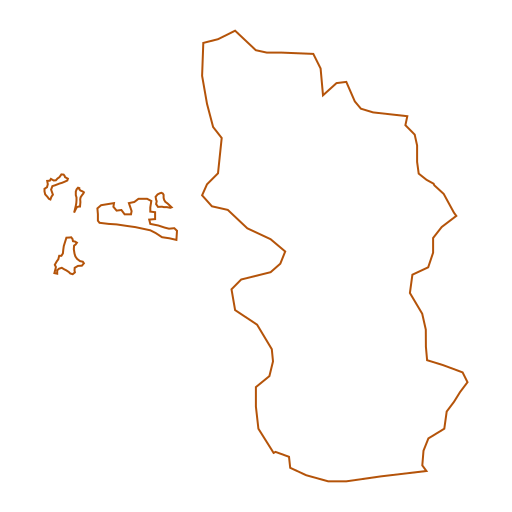 outline of Boryeong-si, South Chungcheong, South Korea
{"feature_id": "91817680B78801700081843", "entity_name": "Boryeong-si", "entity_type": "district", "adm_level": 2, "iso_a3": "KOR", "parent_name": "South Korea", "parent_adm1": "South Chungcheong", "projection": "natural_earth1", "projection_center": [126.462, 36.341], "detail": "fine", "context": "isolated", "style": "outline", "palette": "amber", "viewbox_px": 512, "rotation_deg": 0, "n_neighbors": 0, "source": "geoboundaries", "source_scale": "gbopen_adm2", "svg_char_len": 2874}
<svg xmlns="http://www.w3.org/2000/svg" viewBox="0 0 512 512"><path d="M407.3,116.2L373.1,112.4L360.9,108.7L354.8,101.4L346.3,81.9L336.5,83.1L323.0,95.3L320.6,68.5L313.3,53.9L281.5,52.6L266.8,52.6L255.8,50.2L235.1,30.7L218.0,39.2L203.3,42.9L202.1,75.8L207.0,103.8L213.1,127.0L221.7,138.0L218.0,173.3L207.0,184.3L202.1,195.3L211.9,206.3L227.8,209.9L247.3,228.3L270.6,239.2L285.2,251.5L280.3,263.7L270.6,272.2L241.2,279.5L231.5,289.3L235.1,310.1L257.1,324.7L271.8,349.2L273.0,361.4L269.4,376.1L255.9,387.1L255.9,406.6L258.4,428.7L273.6,452.9L275.5,451.9L289.0,456.8L290.2,467.8L306.1,475.2L328.1,481.3L346.5,481.3L380.7,476.4L426.4,471.0L422.3,465.4L423.5,450.7L428.4,438.4L444.3,428.7L446.7,411.5L454.0,401.8L460.1,392.0L467.5,382.2L462.6,372.4L443.0,365.1L427.1,360.2L425.9,346.7L425.8,329.6L422.2,313.7L409.9,293.0L412.4,274.7L428.2,267.3L433.1,252.7L433.1,238.0L441.7,227.0L456.3,215.9L453.9,212.6L443.7,193.9L434.3,185.3L433.6,183.7L426.5,179.8L418.7,173.6L417.1,161.9L417.1,145.5L414.7,134.6L405.4,125.2L407.3,116.2ZM155.1,212.2L150.3,211.6L150.3,207.4L151.3,201.0L147.1,198.8L138.5,198.8L134.3,202.0L128.9,203.1L131.6,211.1L131.0,214.3L124.6,214.3L121.4,210.0L116.6,210.6L113.4,206.8L114.0,203.1L101.1,205.2L97.4,208.4L97.9,214.3L97.9,220.7L99.5,222.8L108.6,223.9L116.6,224.4L127.3,226.0L135.3,227.1L142.8,228.7L150.3,230.3L155.6,233.0L162.0,237.2L169.5,238.3L176.4,239.9L177.0,230.8L174.3,228.2L169.0,228.7L164.7,227.6L158.3,225.5L150.3,223.9L149.2,219.6L155.1,219.1L155.1,212.2ZM74.7,267.8L78.0,265.9L81.9,265.7L83.9,263.3L82.8,261.7L80.0,261.1L77.1,258.9L75.4,256.5L74.5,253.6L73.8,249.1L74.1,245.6L75.6,244.5L76.9,242.7L75.1,241.6L73.0,241.2L72.5,239.0L71.2,237.3L69.7,237.5L66.4,237.7L63.8,246.0L63.3,249.5L62.9,253.4L61.4,255.8L59.2,255.8L58.3,259.3L56.8,261.3L54.8,264.8L55.9,267.0L55.5,268.9L54.4,273.1L57.2,273.7L57.2,270.3L59.0,268.7L61.8,267.8L64.0,269.2L66.2,270.3L68.8,272.0L70.3,273.5L72.7,274.2L74.9,272.4L74.5,270.3L74.7,267.8ZM67.3,180.5L67.9,178.7L65.1,177.2L64.5,175.7L63.6,174.6L61.4,174.4L59.4,177.2L57.5,178.5L55.9,180.3L53.7,180.5L50.9,178.9L49.8,180.7L47.2,180.9L47.8,184.2L47.0,187.2L44.5,188.8L44.5,191.4L45.2,194.4L47.4,196.8L48.9,198.8L50.4,199.5L51.5,196.6L52.9,194.7L51.1,189.6L52.4,186.1L55.0,185.3L59.6,183.5L61.8,182.9L64.5,181.8L67.3,180.5ZM167.7,203.6L165.3,201.8L164.2,200.0L163.6,197.9L163.6,195.9L163.6,194.8L162.8,193.5L161.4,192.8L159.8,193.3L157.6,194.4L155.6,196.8L156.1,199.7L156.7,201.2L156.1,204.1L158.0,206.9L162.0,206.7L163.7,207.1L166.8,207.1L170.3,207.8L171.6,207.3L167.7,203.6ZM75.8,209.1L76.9,207.1L78.9,206.5L80.0,206.5L80.4,202.1L80.2,199.3L80.6,197.3L81.9,195.3L83.3,193.6L83.9,192.3L82.6,191.4L80.4,190.5L79.3,189.2L79.3,188.1L78.0,187.7L76.7,189.2L76.5,189.6L75.8,191.6L75.8,195.1L76.5,197.5L76.5,200.3L76.3,203.0L75.8,205.8L74.7,210.4L74.1,212.6L75.8,209.1Z" fill="none" stroke="#b45309" stroke-width="2"/></svg>